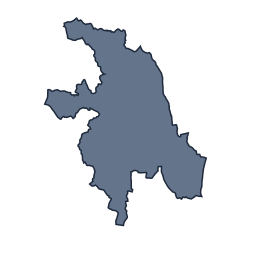 outline of Lac Thuy, Hòa Bình, Vietnam, rotated 12°
{"feature_id": "81297802B25708049906691", "entity_name": "Lac Thuy", "entity_type": "district", "adm_level": 2, "iso_a3": "VNM", "parent_name": "Vietnam", "parent_adm1": "Hòa Bình", "projection": "mercator", "projection_center": [105.716, 20.495], "detail": "fine", "context": "isolated", "style": "filled", "palette": "slate", "viewbox_px": 256, "rotation_deg": 12, "n_neighbors": 0, "source": "geoboundaries", "source_scale": "gbopen_adm2", "svg_char_len": 5711}
<svg xmlns="http://www.w3.org/2000/svg" viewBox="0 0 256 256"><g transform="rotate(12 128 128)"><path d="M214.4,179.7L212.9,177.5L212.3,175.7L212.2,174.5L212.0,172.6L212.4,170.2L211.4,164.6L211.3,161.9L210.8,158.2L210.3,152.0L210.5,145.8L210.8,141.2L208.6,140.8L205.0,141.1L203.6,138.9L201.0,139.5L200.6,139.1L199.7,137.0L199.6,136.4L197.6,135.9L195.3,134.1L194.2,133.6L191.7,133.0L189.2,130.3L188.3,128.7L188.2,125.6L187.6,124.6L188.0,122.8L188.0,120.3L181.0,123.5L181.2,125.4L180.2,125.7L179.4,125.6L178.9,125.3L177.8,124.1L177.0,122.4L176.7,121.5L176.4,118.0L176.0,117.6L174.9,115.0L174.3,114.8L171.7,115.8L170.7,115.8L169.8,112.4L169.2,111.3L169.1,110.2L168.8,109.8L168.6,108.4L167.9,107.2L167.8,106.6L167.2,106.6L167.1,106.3L166.8,105.3L165.1,101.9L164.3,100.9L163.9,98.2L163.3,97.2L162.8,95.5L160.5,92.7L159.2,91.7L158.3,90.1L156.6,88.8L155.5,87.3L154.7,85.2L154.6,84.3L154.2,83.6L154.0,81.8L152.1,75.6L151.6,72.5L151.0,70.8L150.2,69.5L149.4,67.6L143.5,61.3L142.4,60.5L141.9,59.6L141.7,58.8L140.6,57.4L138.5,56.4L137.2,55.4L136.2,53.6L135.5,51.8L134.5,50.6L133.1,49.8L131.7,50.7L129.0,50.5L126.9,49.8L125.6,48.9L123.5,46.3L123.1,45.5L122.4,46.9L119.9,51.2L118.0,52.2L116.8,51.5L111.6,50.2L109.7,50.5L106.7,47.5L106.8,46.7L107.5,45.7L107.6,45.2L106.8,43.9L107.6,42.6L106.4,41.5L106.7,40.4L106.4,39.4L106.7,37.8L104.7,33.5L102.9,33.1L102.4,34.3L101.7,34.7L100.6,34.5L98.3,33.2L97.5,33.7L97.2,33.5L95.5,35.6L94.9,36.9L94.3,37.5L93.2,37.1L92.7,37.2L91.8,37.6L91.6,37.4L91.3,36.7L90.9,36.4L90.4,36.5L89.4,37.1L88.1,36.7L87.9,37.3L87.5,37.4L86.3,36.9L85.3,37.5L84.4,37.5L83.3,37.4L82.1,36.5L81.4,36.4L80.0,36.7L77.9,38.3L75.0,37.2L73.8,38.3L72.5,36.4L70.5,34.0L70.1,33.7L69.5,33.6L69.0,33.7L67.5,34.5L66.0,34.8L65.2,35.5L64.9,35.5L62.0,34.4L60.8,33.2L59.2,32.2L57.7,33.4L57.3,33.5L54.9,31.2L53.5,32.8L52.7,34.1L51.8,34.7L51.1,35.4L49.7,36.2L46.8,36.8L43.8,38.9L44.5,40.6L44.1,42.0L45.1,42.0L45.4,42.2L46.5,43.4L48.2,47.6L49.5,49.8L49.9,51.5L50.4,52.7L51.5,52.9L54.2,53.0L55.1,53.5L57.9,53.3L58.7,53.0L60.0,51.7L63.4,50.3L64.4,49.1L65.7,50.6L67.2,51.8L68.5,53.8L69.1,54.4L70.1,55.0L70.6,55.1L71.3,54.2L72.8,55.1L73.5,55.8L74.9,56.5L76.9,58.4L78.0,58.6L79.1,59.3L79.5,60.0L80.0,61.8L80.0,63.0L79.4,63.6L79.5,64.2L80.0,65.1L81.6,66.3L81.6,67.4L82.1,68.8L82.4,69.2L84.6,70.4L85.6,73.2L85.9,73.6L88.3,73.9L89.4,77.1L90.4,78.4L92.5,79.9L93.7,80.2L92.6,80.7L90.6,82.3L89.8,83.5L89.8,84.3L90.3,85.8L91.9,87.8L93.0,88.7L92.7,90.5L92.4,91.1L90.4,90.9L89.9,91.2L89.7,91.6L90.0,92.4L89.9,93.0L88.3,95.2L88.4,96.6L89.0,98.1L89.2,98.9L88.9,100.2L88.3,100.7L87.0,101.5L85.2,101.5L84.6,101.2L83.9,99.1L82.8,99.0L81.8,98.5L80.7,97.3L78.9,94.5L77.5,92.8L76.7,91.2L75.7,89.9L75.0,89.8L74.4,90.5L74.2,91.4L73.6,92.4L73.4,94.9L72.4,95.4L70.0,95.7L69.1,96.4L68.9,97.4L69.1,98.6L69.8,99.7L68.9,103.1L69.0,103.6L69.5,104.1L71.6,104.5L72.5,105.0L72.5,105.9L72.0,106.6L71.6,106.7L71.4,106.2L71.2,106.2L69.2,106.7L68.8,107.0L68.7,107.6L68.0,106.9L65.9,107.3L65.1,106.9L64.5,105.3L62.1,105.7L58.3,105.0L56.9,105.2L54.6,106.1L53.7,106.1L51.4,105.3L50.6,105.4L48.4,106.4L47.2,107.4L46.0,107.9L45.6,107.9L44.5,107.1L42.9,106.8L41.7,107.3L43.0,114.7L41.6,122.0L45.1,122.1L47.7,123.2L49.0,124.6L52.0,127.1L56.8,131.8L59.4,133.2L60.5,133.4L61.0,131.9L62.7,130.0L64.0,130.7L65.0,130.3L65.9,130.4L66.6,129.9L68.5,128.9L69.1,128.3L70.4,128.5L71.4,129.3L72.2,130.1L72.4,130.1L74.0,127.8L73.8,126.5L74.1,124.2L74.5,123.9L75.1,123.7L76.8,119.7L80.2,117.2L80.7,117.6L81.4,117.7L83.2,117.1L84.4,117.7L85.3,118.6L86.0,118.7L86.8,118.6L87.0,118.4L87.0,117.8L86.6,116.6L87.3,116.4L90.4,117.5L95.0,118.5L97.3,120.3L96.4,123.1L95.1,123.5L94.6,124.7L94.1,125.1L92.4,125.3L91.7,126.9L91.0,127.5L89.6,128.0L88.7,129.1L88.7,131.2L88.1,133.2L88.1,133.7L90.6,135.1L91.5,136.4L91.6,136.9L90.0,137.5L89.7,137.9L89.8,139.8L89.7,140.1L86.4,141.9L84.7,143.2L84.2,144.1L84.4,147.0L84.1,148.1L83.4,149.5L84.0,152.2L83.7,153.5L82.8,154.8L82.8,156.0L84.4,157.2L85.3,159.1L86.3,159.3L86.8,159.7L87.5,162.6L87.8,163.1L88.9,163.7L89.0,164.7L89.3,165.2L90.2,168.8L91.3,170.0L92.0,171.4L92.8,170.5L93.1,170.3L95.5,173.1L96.1,173.1L97.5,172.7L101.5,172.8L103.2,174.6L104.0,175.9L104.1,176.7L104.8,177.7L104.6,179.6L104.7,181.1L104.5,182.2L105.1,183.1L105.2,183.8L104.1,184.8L104.0,185.5L104.1,186.3L104.9,187.2L102.1,190.8L104.8,192.3L106.6,191.7L108.2,190.6L110.3,191.8L111.6,193.1L112.4,193.6L113.6,193.7L117.2,193.7L121.9,198.2L123.4,198.3L123.8,199.8L126.4,200.6L126.4,201.3L125.2,205.5L125.2,210.1L126.7,210.9L128.6,211.1L129.2,211.5L130.3,211.6L133.3,211.4L135.9,212.8L136.1,214.6L135.9,217.1L136.1,218.1L135.8,218.8L135.4,221.1L136.3,224.8L143.8,224.3L143.7,222.2L143.9,220.5L145.9,215.9L145.7,214.8L145.3,213.9L144.1,211.7L144.0,209.3L142.6,208.4L142.1,207.5L142.1,205.6L142.6,204.5L142.3,203.5L141.5,202.6L141.1,200.4L141.2,200.1L143.1,199.7L142.3,197.2L141.3,196.2L140.5,194.6L141.3,192.3L140.8,190.1L140.9,189.7L141.3,189.5L145.4,189.6L145.3,187.2L144.0,186.8L143.6,185.5L142.1,178.7L141.1,176.1L140.7,172.6L139.9,170.5L141.2,169.9L142.6,168.3L144.3,168.0L146.2,168.2L146.8,168.6L147.0,169.1L147.7,169.5L150.5,169.0L155.1,167.7L155.7,168.6L155.6,170.4L155.8,172.5L156.1,172.8L156.4,173.0L161.5,172.2L162.1,171.8L162.6,170.3L165.1,165.4L166.3,163.7L165.5,160.5L165.6,159.6L165.8,159.3L167.0,159.2L168.7,158.6L169.8,164.0L171.7,166.8L174.0,171.2L174.9,172.3L179.0,176.9L181.1,178.7L185.0,181.2L187.2,181.5L187.8,181.9L189.5,185.2L190.0,185.9L190.7,186.3L191.4,186.5L192.8,185.6L193.2,185.6L194.9,186.4L195.2,186.4L195.5,185.9L195.8,184.3L198.3,184.2L198.5,184.1L198.9,183.4L199.8,183.5L200.6,184.1L202.2,184.1L202.9,184.3L204.9,184.1L205.0,183.8L207.1,181.9L208.4,180.0L212.3,180.0L213.6,179.7L214.4,179.7Z" fill="#64748b" stroke="#1e293b" stroke-width="1.5"/></g></svg>